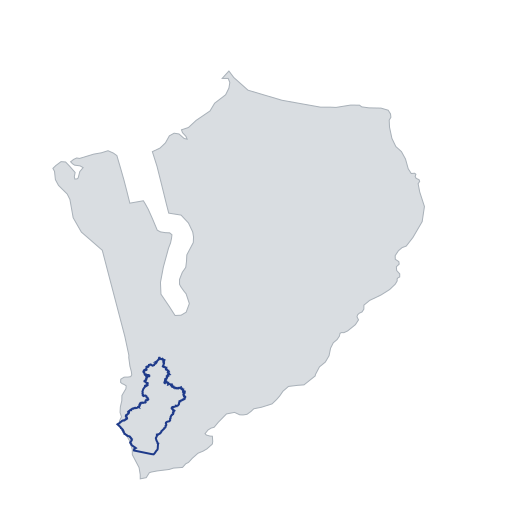 Kedougou, Kédougou, Senegal shown in context, rotated 75°
{"feature_id": "50182788B85082652306110", "entity_name": "Kedougou", "entity_type": "district", "adm_level": 2, "iso_a3": "SEN", "parent_name": "Senegal", "parent_adm1": "Kédougou", "projection": "equal_earth", "projection_center": [-12.631, 12.759], "detail": "fine", "context": "in_parent", "style": "outline", "palette": "blue", "viewbox_px": 512, "rotation_deg": 75, "n_neighbors": 0, "source": "geoboundaries", "source_scale": "gbopen_adm2", "svg_char_len": 9003}
<svg xmlns="http://www.w3.org/2000/svg" viewBox="0 0 512 512"><g transform="rotate(75 256 256)"><path d="M387.2,229.9L392.9,243.0L391.7,249.2L390.4,258.4L393.6,265.0L397.3,269.3L400.0,273.3L403.0,278.8L403.5,289.8L403.0,297.7L404.9,301.2L406.6,305.7L406.2,309.5L405.2,312.8L401.5,317.2L400.9,325.4L406.8,335.4L410.6,340.8L410.6,343.9L411.6,347.3L414.4,351.2L416.1,350.3L418.0,347.1L418.8,344.8L423.9,345.8L426.3,346.8L429.6,353.3L430.8,357.7L431.5,363.1L434.9,369.9L437.9,374.6L438.5,377.6L441.2,381.7L439.5,390.6L439.7,395.2L438.0,407.3L437.6,413.0L437.7,415.1L441.7,419.4L441.3,425.5L437.2,424.4L430.1,423.7L415.9,426.9L411.0,425.6L401.7,426.0L395.1,427.7L386.7,431.7L380.1,430.7L376.6,427.6L371.9,427.8L366.7,426.1L361.1,423.1L356.0,421.6L350.5,416.0L347.9,415.0L346.1,416.5L344.6,418.4L343.0,419.5L340.0,418.5L338.9,414.7L339.8,411.1L340.1,408.3L338.7,406.8L335.3,406.3L329.9,406.3L321.2,405.2L319.1,404.5L299.6,403.5L279.2,403.4L262.0,403.3L240.3,403.2L225.0,403.1L210.7,403.0L199.7,410.4L187.7,418.5L171.7,422.7L153.2,421.1L147.3,422.3L141.2,425.9L136.7,428.5L130.3,430.0L122.1,428.7L118.8,429.5L116.8,425.9L114.4,419.9L115.9,415.6L121.0,412.8L128.5,409.1L132.5,411.0L134.8,411.1L135.2,408.8L134.5,407.5L128.8,404.3L125.9,400.1L123.4,402.6L121.3,407.7L119.5,409.3L117.0,410.7L115.5,407.2L114.9,403.8L116.1,401.2L115.6,386.4L116.3,378.6L116.0,371.7L119.6,367.2L123.0,364.4L136.2,364.1L148.4,363.9L160.2,364.0L172.3,364.2L173.5,350.5L177.3,349.4L183.0,348.0L193.7,346.3L205.5,344.7L208.0,342.0L210.0,337.5L211.3,333.4L213.7,331.7L217.0,333.0L221.3,335.2L225.8,338.5L231.0,341.5L234.4,343.5L242.6,348.3L256.7,355.1L268.3,357.7L282.4,352.8L292.5,349.6L293.8,343.7L292.2,338.0L284.7,332.7L274.4,333.3L271.3,334.7L266.5,336.5L263.6,337.2L258.8,335.9L252.7,331.4L248.8,326.8L243.4,324.6L237.0,322.5L226.8,313.1L221.4,311.4L216.4,310.9L206.6,312.7L197.1,317.8L192.0,329.2L182.5,329.1L162.3,328.7L143.7,328.4L128.4,329.1L126.9,320.8L123.3,314.2L117.5,308.6L116.2,303.3L118.2,298.8L123.9,295.0L125.3,292.3L122.3,292.7L117.8,295.1L114.8,295.3L114.4,288.0L109.5,278.7L104.0,262.9L97.7,256.4L92.4,243.6L86.8,238.7L81.7,236.4L77.3,236.9L75.7,242.7L70.3,234.3L77.8,231.3L93.8,220.8L112.3,190.6L129.0,155.0L131.2,146.6L133.2,140.2L134.7,125.6L137.1,117.0L139.3,115.3L142.1,108.7L145.5,97.0L149.4,90.6L153.6,89.3L156.9,89.8L159.3,92.2L166.2,93.7L177.6,94.3L186.5,92.6L192.8,88.5L201.0,86.5L211.2,86.4L216.5,84.7L217.1,81.4L218.4,80.4L220.5,81.7L222.5,81.2L224.4,78.8L226.3,78.6L228.1,80.7L236.6,81.3L251.8,80.5L265.8,86.6L278.7,99.6L285.3,108.3L285.7,112.7L287.8,117.1L291.7,121.5L295.2,122.3L298.4,119.5L300.9,119.8L302.7,123.2L306.4,123.9L310.5,121.8L313.4,122.6L313.9,124.6L314.6,125.6L316.6,126.1L319.2,128.7L323.0,135.6L326.0,145.3L328.3,157.7L331.4,164.5L335.3,165.6L337.5,168.1L338.0,171.1L339.1,173.1L340.9,174.2L344.2,173.5L348.0,177.7L352.1,186.9L352.8,191.0L352.1,193.2L352.4,194.8L355.1,196.3L357.7,199.3L359.8,203.8L364.3,207.8L371.3,211.3L376.4,216.5L379.5,223.4L385.9,229.3L387.2,229.9Z" fill="#d9dde1" stroke="#a8b0b8" stroke-width="1"/><path d="M374.3,361.0L373.8,360.8L373.5,361.1L373.3,361.0L373.0,361.3L372.9,361.9L372.6,361.9L372.5,361.6L372.0,361.9L371.7,361.6L371.0,362.0L370.6,361.9L370.5,361.5L370.0,361.2L369.8,360.4L369.3,360.4L369.0,360.8L368.8,360.1L368.7,359.9L368.3,359.9L368.2,360.2L368.2,360.9L368.0,361.1L367.5,361.1L367.6,361.4L366.7,361.1L366.4,361.2L366.0,360.9L365.8,361.3L365.6,362.1L365.2,362.2L364.9,362.5L364.6,362.1L364.3,362.6L364.0,362.8L363.4,362.6L363.6,364.3L363.3,365.0L363.8,365.3L363.7,365.6L363.4,365.8L363.5,366.6L363.4,366.8L363.1,366.7L362.7,367.3L362.8,368.3L362.1,368.4L361.9,369.4L361.1,369.3L360.7,369.4L360.6,370.1L360.9,370.4L360.7,370.8L360.4,371.1L360.1,371.1L359.6,370.6L359.0,370.4L358.9,370.5L358.8,371.1L358.5,370.8L358.2,370.7L358.0,371.6L358.3,372.6L358.2,372.3L357.8,372.3L357.3,372.5L357.4,374.0L357.1,373.8L356.4,373.9L355.9,373.7L355.9,373.9L356.0,374.2L355.3,374.3L355.0,374.5L355.1,374.9L355.5,375.6L355.0,375.1L354.9,375.4L354.7,375.4L354.6,376.1L355.3,376.9L355.0,377.2L354.3,377.2L353.9,375.9L353.5,375.4L352.8,376.2L352.6,376.1L352.5,375.8L351.8,375.7L352.1,375.1L351.7,374.6L351.4,375.0L351.1,374.8L351.0,373.9L349.7,372.8L349.3,373.4L348.9,373.3L348.8,372.7L348.9,372.1L348.6,372.2L348.2,371.7L347.7,371.8L347.6,371.6L347.8,370.8L348.0,370.5L348.0,370.3L347.1,370.9L346.7,370.4L345.8,371.3L345.2,370.5L345.0,370.9L344.7,370.8L344.3,370.3L344.2,370.3L344.2,370.6L343.5,371.3L342.5,371.4L342.4,371.6L342.5,372.0L342.3,372.4L341.1,372.2L340.6,371.7L340.3,372.4L339.7,372.7L339.5,373.2L339.5,373.6L339.0,374.3L338.5,374.6L337.8,374.0L337.6,373.6L336.7,373.3L336.1,372.7L335.5,372.5L335.1,372.9L334.5,372.5L334.3,372.9L333.6,372.8L333.6,372.7L333.8,372.2L333.4,371.7L333.0,371.9L332.9,372.5L332.7,372.6L332.4,372.5L332.3,372.1L331.8,372.8L331.5,372.7L331.1,372.9L331.2,373.1L331.1,373.4L331.2,373.7L331.1,373.9L331.2,374.2L331.0,374.6L330.6,375.0L330.3,375.0L329.6,375.7L329.3,375.6L329.2,375.9L329.5,376.2L330.8,376.6L331.2,377.7L332.0,378.8L332.3,379.9L332.5,379.3L333.0,379.5L333.8,380.6L334.2,382.0L334.6,382.5L335.0,382.7L335.2,384.2L334.6,384.7L334.4,385.4L333.8,385.7L332.9,385.4L333.6,386.0L333.5,387.6L334.0,387.8L335.1,388.6L335.2,388.9L335.2,389.0L334.5,389.6L334.7,390.5L335.4,390.5L336.1,391.1L337.5,391.1L337.8,391.8L337.8,392.3L337.1,392.6L337.1,392.9L337.6,393.5L337.4,393.7L337.5,393.9L338.3,394.5L338.6,394.7L338.9,394.4L338.9,393.3L339.1,394.0L339.4,394.5L340.8,394.0L341.7,394.2L342.0,394.1L342.3,393.7L342.0,393.2L342.0,392.7L342.7,392.1L343.1,390.6L343.7,390.0L344.5,390.2L344.6,390.4L344.5,390.8L343.7,391.7L343.7,392.8L344.1,393.3L344.6,393.3L344.8,392.9L344.9,392.5L345.3,392.7L346.2,394.0L346.7,393.8L347.3,394.2L347.6,395.8L348.0,396.2L348.3,396.2L349.0,395.2L349.4,395.1L349.8,394.7L350.3,394.6L350.3,394.4L350.7,393.5L350.9,393.5L351.5,393.9L352.4,394.1L352.5,394.4L352.4,395.4L352.6,396.8L352.8,396.9L353.0,396.8L353.3,396.0L353.7,397.3L355.2,399.2L357.6,400.8L358.4,400.7L359.5,401.3L360.4,401.0L360.9,401.4L361.3,401.5L362.2,400.9L362.2,400.5L362.0,399.7L362.2,398.8L362.7,398.6L363.2,398.1L364.4,398.3L364.6,398.1L364.9,397.4L365.7,397.4L366.5,397.1L366.8,397.3L367.2,398.4L366.7,399.3L366.8,399.8L367.7,400.4L368.7,400.4L368.9,400.7L368.9,401.2L369.1,401.7L369.4,401.8L368.9,401.8L368.7,402.0L368.8,402.5L368.5,402.9L368.5,403.4L368.5,403.5L368.2,403.6L368.1,404.1L368.0,405.1L368.4,405.3L368.3,405.5L368.3,405.8L368.6,405.8L368.6,406.3L369.0,406.7L369.3,406.3L369.8,407.1L370.1,407.2L370.3,407.1L370.7,407.7L370.9,407.4L371.1,407.6L371.2,408.6L371.6,408.5L371.3,408.9L371.8,409.7L371.9,410.9L371.8,411.7L371.3,412.0L371.3,412.3L371.4,412.6L371.4,413.3L371.6,413.3L371.8,413.8L371.7,414.3L371.4,414.4L371.4,414.9L371.7,415.6L371.9,415.9L371.9,416.4L372.1,416.7L372.4,416.7L372.3,416.9L372.3,417.6L372.9,418.3L372.9,419.0L373.0,419.2L373.2,418.9L373.8,419.0L374.3,419.2L374.4,419.9L374.6,419.9L374.8,420.1L375.2,420.0L375.6,421.0L375.9,422.2L376.2,422.2L376.3,422.6L376.7,422.5L376.8,422.9L377.1,422.9L377.2,423.2L378.4,423.0L378.6,422.6L378.8,422.5L379.7,422.6L380.1,423.6L379.9,424.2L380.3,424.5L380.6,425.2L380.5,426.0L380.8,426.3L380.4,427.0L380.6,428.2L381.0,428.6L381.6,430.6L382.1,431.0L382.3,432.3L382.7,433.4L386.5,431.0L387.3,431.0L387.6,430.5L389.3,429.6L389.8,430.0L390.3,429.8L390.7,429.3L391.2,429.2L391.5,429.6L391.8,429.6L393.0,429.1L393.8,429.1L393.9,428.6L395.0,428.0L395.3,427.3L396.4,426.9L397.5,424.8L397.9,424.5L398.3,424.6L398.7,424.4L399.0,424.0L399.5,424.0L399.8,423.7L400.3,423.7L400.8,423.3L401.2,423.8L402.0,423.8L402.9,425.1L403.3,425.2L403.6,425.8L403.9,425.8L404.5,425.7L404.7,425.4L405.5,425.1L405.9,425.3L406.6,425.0L410.4,421.8L410.9,423.6L411.9,424.2L412.3,424.2L420.3,408.2L421.1,406.2L420.2,404.8L418.3,402.6L417.7,401.5L416.9,400.9L412.5,399.4L411.9,399.0L411.7,399.3L411.2,399.6L410.6,399.4L408.4,399.9L406.0,399.9L405.7,399.7L405.0,398.9L404.4,398.5L404.2,398.5L403.4,397.9L402.8,397.9L402.8,397.6L403.4,397.2L402.9,396.4L402.8,395.3L402.6,394.7L402.3,394.6L402.0,393.6L401.5,393.3L401.2,392.8L400.7,392.7L400.3,391.9L400.2,391.4L399.8,391.0L399.1,389.5L398.6,389.3L398.6,388.9L398.1,387.9L397.6,387.5L396.7,387.4L396.4,386.7L395.9,386.3L394.5,386.4L394.4,386.2L393.6,386.1L393.2,385.1L393.1,384.4L393.2,382.4L392.4,381.4L391.0,381.2L390.8,381.0L390.8,380.7L390.5,380.4L389.2,380.1L388.6,379.4L388.1,379.1L387.9,378.4L387.5,378.2L387.3,377.0L386.6,376.6L386.0,376.7L385.9,376.4L385.5,376.5L385.2,376.0L384.8,376.0L384.5,375.0L384.3,374.8L383.6,375.4L383.5,376.0L382.8,376.0L381.9,376.7L381.1,376.9L380.3,376.0L380.2,375.9L380.3,375.2L380.7,375.2L380.8,375.0L380.5,374.3L380.5,373.1L380.2,372.5L380.4,371.9L380.0,371.9L380.3,371.3L380.2,371.0L380.2,370.1L379.4,368.9L378.7,368.5L378.2,368.6L377.5,368.0L376.6,367.6L376.6,367.4L376.8,366.6L376.6,366.5L376.4,366.6L376.4,366.0L376.0,365.5L376.2,364.8L376.0,363.9L375.7,363.8L375.9,363.1L375.5,362.7L375.6,362.1L375.2,362.0L374.9,361.6L374.4,361.5L374.3,361.0Z" fill="none" stroke="#1e3a8a" stroke-width="2"/></g></svg>